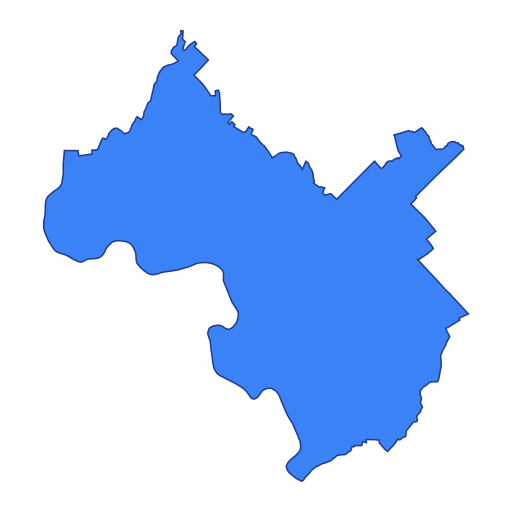 the district of Go Dau, Tây Ninh, Vietnam
{"feature_id": "81297802B39580963826669", "entity_name": "Go Dau", "entity_type": "district", "adm_level": 2, "iso_a3": "VNM", "parent_name": "Vietnam", "parent_adm1": "Tây Ninh", "projection": "orthographic", "projection_center": [106.266, 11.16], "detail": "fine", "context": "isolated", "style": "filled", "palette": "blue", "viewbox_px": 512, "rotation_deg": 0, "n_neighbors": 0, "source": "geoboundaries", "source_scale": "gbopen_adm2", "svg_char_len": 6038}
<svg xmlns="http://www.w3.org/2000/svg" viewBox="0 0 512 512"><path d="M290.8,459.4L288.2,462.3L286.4,465.6L286.3,466.6L286.6,467.8L287.2,469.8L288.5,471.8L291.4,474.7L296.6,478.6L301.8,481.3L303.5,480.1L304.6,478.2L308.1,474.3L309.9,472.7L310.8,471.1L313.9,468.3L316.5,466.5L318.5,465.9L320.4,464.6L322.2,463.7L325.6,462.8L330.9,460.6L337.2,455.5L341.5,454.7L344.3,454.7L345.4,454.4L346.9,453.5L348.6,451.7L350.1,451.4L351.0,450.1L351.5,448.7L351.7,446.9L354.3,446.6L354.4,445.6L361.7,445.6L362.8,441.5L366.4,442.7L366.3,439.5L376.6,439.7L377.0,440.1L378.5,439.9L378.9,440.0L379.5,443.1L384.8,449.3L387.7,451.4L394.9,443.7L397.9,439.0L399.2,439.8L400.0,439.8L402.5,437.9L403.6,437.2L405.5,436.6L405.9,435.8L406.2,431.0L413.2,422.4L413.8,422.0L416.4,421.8L416.9,421.4L417.5,420.0L416.9,417.8L416.9,415.9L420.6,411.6L421.0,409.4L422.4,407.4L421.9,405.4L420.9,404.2L420.5,402.8L420.7,400.9L421.4,399.7L421.4,398.8L421.4,398.1L420.2,394.3L420.1,393.4L420.3,391.0L420.9,389.9L423.2,387.1L424.4,386.5L427.0,384.6L430.1,382.1L432.6,381.8L437.0,381.8L437.4,381.7L438.0,380.9L438.5,379.7L439.2,377.0L440.4,369.7L441.0,367.9L441.3,362.2L440.7,358.0L440.7,355.3L442.5,351.0L445.7,345.1L446.6,342.4L449.7,336.7L448.8,334.7L447.1,331.7L445.7,328.4L448.1,327.3L459.9,320.0L459.0,318.2L468.4,313.9L449.5,293.5L444.7,288.9L436.9,280.1L427.2,269.9L417.7,259.5L419.1,259.3L426.7,254.3L430.7,251.1L433.3,248.5L432.1,246.4L430.1,243.5L426.4,239.1L435.8,231.2L425.3,218.3L410.8,204.0L414.4,200.6L416.6,197.7L415.4,196.7L435.3,176.7L455.7,157.2L463.8,149.2L463.1,146.4L462.8,145.8L461.8,146.0L460.9,144.8L459.6,144.9L459.2,144.7L458.9,143.4L458.5,143.2L457.2,142.7L456.1,142.7L454.6,141.6L451.6,141.7L450.3,142.1L448.3,143.1L447.6,144.1L447.2,145.5L445.7,146.2L444.4,147.4L443.9,148.3L442.6,149.2L442.1,149.3L441.2,148.9L440.2,149.4L438.5,149.0L437.0,149.7L436.2,149.5L434.3,147.5L433.3,145.9L431.2,143.6L430.8,141.2L429.3,139.2L429.3,138.3L428.8,136.1L428.3,135.6L427.2,135.0L426.6,133.7L425.9,132.8L425.3,131.5L424.1,130.5L422.9,128.6L421.5,127.8L414.2,132.6L412.6,131.6L409.5,131.2L408.8,130.6L393.9,135.1L394.7,136.6L397.4,148.0L398.2,150.8L399.8,153.5L401.4,155.7L398.7,158.8L397.7,157.8L394.5,159.2L392.0,160.9L388.3,161.2L387.7,161.6L385.9,163.5L384.0,166.3L382.7,167.7L381.0,168.5L374.6,161.1L336.6,199.3L330.9,193.7L329.8,193.8L324.9,195.2L322.9,192.9L322.9,192.2L324.7,187.8L321.0,186.9L320.4,186.8L319.5,187.1L318.5,186.7L313.6,183.0L314.4,181.2L313.3,177.7L313.1,174.4L312.5,171.9L311.8,170.4L309.3,166.1L308.7,164.1L308.1,163.0L307.2,162.1L305.8,161.2L302.4,169.4L300.3,165.9L298.1,163.6L297.0,161.6L296.0,158.5L294.5,156.3L294.3,155.0L293.9,154.6L291.9,153.3L290.6,152.9L286.0,152.1L280.8,152.7L278.9,153.3L276.3,155.4L273.8,156.8L272.4,157.9L269.0,152.4L264.7,146.4L263.9,145.5L262.8,145.2L262.0,144.0L259.8,141.8L256.6,137.5L255.4,136.4L252.2,135.1L251.7,134.5L251.5,133.1L251.8,132.2L253.0,130.0L252.8,129.2L252.5,128.9L252.0,128.6L250.4,128.2L248.8,126.9L245.3,132.3L244.5,132.1L243.2,132.2L242.6,132.0L233.6,126.5L235.0,124.7L232.1,121.9L231.6,121.7L229.5,124.4L227.9,122.9L229.9,120.2L233.4,116.2L233.4,115.9L231.1,113.8L230.6,114.0L228.2,114.2L224.5,114.0L222.9,114.5L221.0,113.5L220.4,111.4L220.2,109.3L220.3,106.4L219.5,93.1L219.4,92.5L219.0,92.2L218.5,90.2L215.3,90.7L215.6,95.7L210.8,95.7L205.1,87.2L202.4,83.8L197.8,78.9L193.9,75.3L202.4,66.5L208.4,59.9L194.3,46.5L196.4,44.1L196.6,43.6L194.6,41.4L189.4,45.1L185.1,50.0L184.4,50.4L183.9,50.2L183.3,49.6L183.0,48.7L183.1,47.9L185.2,42.0L185.0,41.4L182.6,39.3L183.1,31.0L180.8,30.7L181.1,33.6L178.6,36.7L178.0,38.6L177.0,44.4L176.8,45.1L176.1,45.9L173.8,47.1L172.0,49.8L171.3,51.4L171.2,53.6L178.3,60.9L177.4,61.7L173.9,63.5L170.1,64.8L167.9,65.1L163.9,66.9L162.5,68.0L159.4,72.3L157.3,77.7L157.1,80.4L156.6,81.4L154.7,83.7L154.1,85.0L152.8,91.3L150.4,101.0L150.0,101.5L148.3,102.5L148.0,102.9L146.0,108.1L144.1,111.9L143.7,115.1L143.0,117.2L141.5,119.7L137.1,116.7L136.1,118.0L134.4,121.7L131.9,125.1L131.3,127.2L130.2,129.8L130.1,131.0L127.6,132.8L124.1,133.7L121.6,131.2L118.4,129.1L116.7,128.2L115.4,128.1L113.6,128.7L111.2,130.7L109.2,133.0L108.5,134.4L108.3,135.3L107.0,138.0L105.9,139.5L104.1,138.3L103.4,138.1L102.8,138.4L102.2,139.0L100.7,142.0L98.0,148.6L97.1,149.8L95.4,150.0L91.9,150.1L92.0,154.0L78.8,155.9L78.0,150.6L64.4,150.5L63.2,164.4L63.3,173.3L61.9,182.8L60.6,185.7L59.5,187.1L57.3,189.0L54.0,191.2L49.3,195.1L47.4,197.2L46.3,199.4L45.9,200.9L45.4,204.4L45.2,212.9L44.9,216.1L43.8,221.0L43.6,226.6L43.9,229.0L45.1,233.0L48.5,240.9L53.0,248.0L54.7,250.2L57.1,252.0L59.2,253.0L64.6,254.5L68.4,256.3L73.1,259.2L78.8,261.8L81.1,262.1L82.6,261.7L85.6,260.1L88.8,258.9L94.2,258.7L97.7,258.2L100.5,256.9L102.5,255.1L104.1,253.0L106.5,248.0L108.7,245.4L112.2,242.1L114.1,241.3L116.7,240.7L120.1,240.8L125.6,241.5L128.5,242.6L130.0,243.5L131.2,244.6L132.7,246.4L135.4,251.8L135.9,254.2L136.2,260.4L136.5,261.9L137.3,263.8L140.7,267.8L144.9,271.4L148.3,273.6L151.4,274.6L153.1,274.7L155.3,274.4L158.2,273.7L161.3,272.6L165.0,271.8L170.5,271.2L178.6,269.7L188.7,266.8L196.4,263.6L199.3,262.9L202.6,262.6L207.1,262.6L211.0,263.3L214.8,264.6L218.6,266.6L220.8,268.6L222.5,270.5L223.5,273.2L223.4,280.5L223.9,281.9L232.0,302.2L235.8,307.9L237.2,310.3L238.1,312.4L238.3,314.6L238.2,316.7L236.7,322.0L235.4,324.1L233.2,326.7L230.6,328.8L229.3,329.2L228.2,329.3L226.7,328.9L225.1,328.1L222.4,326.3L220.0,325.4L217.7,325.2L212.8,326.0L210.8,327.1L209.4,328.3L208.7,329.5L208.0,331.9L207.8,333.7L208.2,335.4L210.2,341.1L211.2,350.7L212.0,355.6L212.9,363.0L213.3,365.5L214.3,368.9L215.4,370.9L217.0,373.3L219.4,375.3L235.8,383.7L239.3,385.8L243.9,388.9L246.8,391.8L250.1,396.6L251.5,398.3L252.2,398.7L253.0,398.9L254.5,399.0L256.0,398.3L258.3,396.5L261.7,391.6L262.9,390.4L266.2,388.7L268.9,388.2L271.0,388.2L273.0,389.3L275.7,390.9L277.6,393.0L279.1,395.3L282.7,404.3L287.2,414.7L289.6,418.9L292.7,423.8L296.9,433.6L297.9,435.7L298.7,438.3L299.9,440.7L300.7,445.9L300.5,448.4L300.0,450.5L297.6,453.5L295.2,455.9L290.8,459.4Z" fill="#3b82f6" stroke="#1e3a8a" stroke-width="1.5"/></svg>